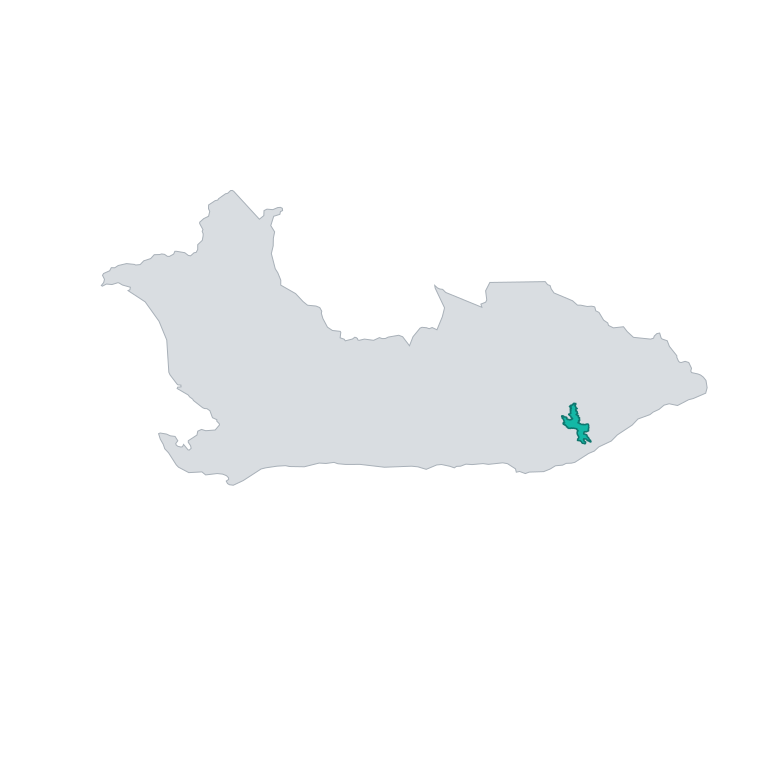 Parinacochas, Ayacucho, Peru shown in context, rotated 292°
{"feature_id": "86281439B29784244980740", "entity_name": "Parinacochas", "entity_type": "district", "adm_level": 2, "iso_a3": "PER", "parent_name": "Peru", "parent_adm1": "Ayacucho", "projection": "equal_earth", "projection_center": [-73.675, -15.069], "detail": "fine", "context": "in_parent", "style": "filled", "palette": "teal", "viewbox_px": 768, "rotation_deg": 292, "n_neighbors": 0, "source": "geoboundaries", "source_scale": "gbopen_adm2", "svg_char_len": 8992}
<svg xmlns="http://www.w3.org/2000/svg" viewBox="0 0 768 768"><g transform="rotate(292 384 384)"><path d="M509.0,221.8L508.8,223.9L506.8,225.0L505.0,223.4L502.3,223.9L498.2,218.9L488.4,219.7L484.1,225.6L477.7,226.8L470.6,229.5L462.7,230.7L450.1,240.0L447.3,243.9L441.6,249.4L437.0,251.2L434.7,268.2L430.1,278.1L428.4,283.6L430.8,291.7L430.8,295.8L428.2,299.0L426.1,299.4L421.8,302.8L415.5,310.3L414.3,316.1L416.4,323.7L415.7,324.6L410.4,326.0L410.6,330.3L409.5,331.9L413.9,337.9L416.4,339.4L416.6,340.9L416.1,342.5L415.1,343.1L415.1,344.5L418.3,349.0L420.6,358.0L425.3,362.4L425.4,365.3L426.7,368.2L429.1,370.4L434.7,379.4L434.8,383.6L429.0,393.3L438.7,393.2L449.3,396.5L450.8,398.0L452.1,402.4L452.2,405.2L454.4,407.5L454.1,412.8L468.2,412.9L477.3,411.6L492.1,395.5L494.4,394.1L493.1,397.6L493.0,400.2L493.7,402.9L492.0,406.9L491.8,446.0L494.4,443.9L497.9,447.6L500.4,447.8L508.5,443.3L517.8,444.1L539.3,495.1L537.4,498.5L537.5,501.1L534.8,503.4L532.1,507.5L531.8,527.7L529.6,533.8L530.8,537.0L532.0,543.4L533.9,547.3L534.4,549.8L534.2,550.7L531.2,552.9L530.9,556.5L525.5,563.7L524.4,568.6L522.4,570.2L522.0,575.7L526.8,584.6L523.7,589.9L520.7,597.8L525.5,614.4L527.5,616.8L529.6,616.6L532.9,618.1L534.5,620.5L530.6,623.6L529.9,625.0L530.2,630.4L525.8,634.5L519.9,644.9L518.4,645.5L515.4,648.6L514.9,650.1L515.3,651.6L517.8,654.7L518.1,658.5L513.8,663.2L510.9,663.6L509.8,664.9L510.9,671.3L510.9,674.2L510.0,677.5L507.9,681.2L501.6,685.0L496.0,685.7L486.4,676.2L483.5,672.3L474.0,664.2L472.5,655.8L469.3,651.6L463.5,648.5L458.8,644.1L455.3,642.1L446.7,632.6L438.9,629.5L424.2,619.4L416.3,616.1L406.1,606.7L400.6,604.1L396.2,599.7L382.9,590.3L380.8,587.4L378.7,582.7L375.7,580.0L372.4,573.6L367.4,569.9L362.6,564.9L356.7,551.6L353.9,548.6L353.7,542.5L351.8,539.7L354.6,537.7L356.4,528.3L355.4,523.6L348.6,510.9L347.3,505.6L342.3,495.9L340.4,490.0L336.5,485.8L334.8,482.1L332.6,480.6L332.4,476.0L330.9,467.5L328.7,463.2L320.7,455.1L319.9,446.4L318.1,440.3L307.0,415.6L300.5,391.9L295.1,378.7L292.8,371.1L292.6,367.0L288.6,360.0L286.4,353.5L277.4,341.1L272.1,327.3L271.4,323.3L267.8,315.7L262.0,305.8L259.2,301.9L241.8,289.7L233.7,282.2L232.7,278.4L233.1,276.2L234.9,274.1L237.3,275.7L238.8,275.0L240.0,272.3L240.0,268.2L238.5,262.9L232.9,252.7L234.3,248.1L228.7,236.2L229.9,224.6L231.2,221.7L239.5,210.0L241.8,205.0L245.4,201.9L249.1,197.2L253.5,193.6L254.7,194.8L256.1,201.1L255.9,205.2L257.1,209.9L254.1,214.1L250.8,213.2L249.5,214.3L249.0,216.2L249.5,219.4L250.4,220.7L252.9,220.8L249.5,227.0L249.8,228.2L252.1,229.3L254.3,227.8L256.7,224.3L258.1,223.8L266.6,229.7L270.5,229.0L273.5,231.8L273.9,236.2L278.1,244.7L284.4,246.8L285.5,246.1L286.9,242.9L288.3,242.4L288.5,237.6L294.0,232.6L294.8,229.1L294.0,226.7L294.1,224.7L297.3,213.5L298.3,212.3L299.2,208.7L300.5,206.5L302.3,193.9L303.8,193.9L305.3,196.9L306.9,196.1L306.0,193.3L306.3,192.3L312.3,182.2L314.3,180.1L343.4,166.1L357.9,151.9L370.7,131.8L374.7,111.7L376.2,113.1L378.7,112.6L377.8,104.4L378.4,100.5L378.3,99.4L374.3,94.5L372.7,89.2L369.2,86.2L369.4,85.0L373.1,86.1L376.4,85.6L379.3,82.3L381.4,82.6L386.2,87.2L389.7,87.6L390.9,90.8L394.3,93.2L399.2,100.2L401.4,107.8L401.3,109.2L403.4,113.2L408.2,115.1L412.9,120.7L417.8,122.5L420.0,127.5L421.3,129.1L422.0,132.0L421.2,135.4L421.9,137.2L425.6,140.3L428.7,140.4L429.3,141.8L431.1,150.1L429.9,154.4L430.4,156.7L434.5,158.7L435.6,160.5L438.9,160.9L443.4,159.1L449.1,161.7L453.5,160.8L455.5,160.1L457.5,158.2L459.3,158.3L463.7,153.0L465.0,152.5L469.8,154.9L473.8,158.5L478.7,157.8L480.8,155.6L484.3,154.3L490.8,158.8L492.2,160.9L494.0,161.3L501.0,165.8L502.2,167.6L505.9,169.3L506.6,170.8L506.4,172.4L490.1,206.7L495.1,209.5L499.8,207.8L502.3,210.0L504.0,215.6L507.7,219.3L509.0,221.8Z" fill="#d9dde1" stroke="#a8b0b8" stroke-width="1"/><path d="M421.0,560.8L420.6,560.9L420.4,561.3L420.2,561.2L419.7,562.2L419.3,561.9L419.2,561.9L418.5,563.6L418.3,563.7L417.8,564.1L417.6,564.5L417.2,564.8L416.7,565.0L416.4,565.2L416.0,565.1L415.8,565.0L415.7,565.0L415.8,565.1L415.6,565.0L415.6,565.3L415.4,565.4L415.4,565.5L415.0,565.1L414.7,565.3L414.4,565.3L414.2,565.1L413.9,565.4L413.8,565.8L414.0,566.4L413.8,566.7L413.6,567.5L413.7,567.8L413.8,567.8L413.4,568.7L413.2,568.9L413.1,569.2L413.0,569.3L412.8,569.3L412.8,569.6L412.7,569.7L412.8,570.1L412.8,570.4L412.4,570.5L412.2,570.7L412.2,571.3L412.1,571.8L412.1,572.2L412.6,572.8L412.6,573.4L412.8,573.5L413.1,573.7L413.1,574.1L413.5,574.3L413.5,575.2L413.5,575.3L413.8,575.8L414.0,575.8L414.1,576.1L414.1,576.3L414.1,576.7L414.2,576.8L414.2,577.2L414.2,577.3L414.3,577.6L414.3,578.1L414.5,578.3L414.6,579.3L414.5,579.7L414.1,579.8L413.8,580.3L413.7,580.8L413.6,581.2L413.5,581.3L413.3,581.2L413.1,581.3L413.0,581.2L412.8,581.3L412.5,581.1L412.0,581.1L411.3,581.3L411.0,581.4L410.8,581.6L410.4,581.7L410.3,581.8L409.7,582.2L409.5,582.5L409.3,582.6L409.0,583.2L408.6,583.4L408.5,583.7L408.2,584.1L408.0,584.3L407.7,584.5L407.4,584.6L407.0,584.7L406.5,584.5L406.3,584.5L406.1,584.4L405.8,584.4L405.4,584.2L405.2,584.3L404.9,584.6L404.4,584.5L404.2,584.6L404.3,585.1L404.4,585.6L404.7,586.2L404.6,586.4L405.0,587.2L404.9,587.4L404.8,587.5L404.7,587.6L404.5,588.4L404.2,588.9L403.8,589.3L403.5,589.9L403.4,590.1L403.5,590.6L403.7,591.2L403.8,592.6L404.0,592.8L404.1,592.7L404.5,592.8L404.9,593.0L405.2,592.8L405.6,592.7L405.8,592.2L405.9,591.8L406.0,591.6L405.9,591.5L406.0,590.9L406.3,590.8L406.4,590.5L406.5,590.4L406.9,590.3L406.9,590.1L407.4,589.7L407.6,589.7L407.7,589.9L407.8,589.9L407.9,590.1L408.1,590.0L408.3,590.5L408.5,591.4L408.7,591.6L408.7,591.8L408.6,592.0L408.7,592.6L408.6,592.9L408.4,593.0L408.2,593.2L407.9,593.3L407.8,593.6L407.7,593.7L408.0,594.5L407.8,594.9L407.9,595.3L407.7,595.9L407.6,596.2L407.7,596.9L407.6,597.1L408.0,597.5L408.2,597.4L408.4,597.2L408.5,597.0L408.8,596.8L409.1,596.6L409.2,596.3L409.2,596.2L409.3,595.5L409.4,595.4L409.4,595.2L409.8,594.9L409.9,594.6L410.1,594.5L410.4,594.3L410.4,594.2L410.8,593.7L410.7,593.6L410.9,593.2L411.0,593.1L411.0,592.9L411.4,592.3L411.6,591.9L411.9,591.7L412.2,591.6L412.4,591.2L412.6,591.2L412.8,591.0L412.8,590.8L412.8,590.5L412.7,590.3L412.8,590.0L412.6,589.6L412.8,589.3L412.7,589.0L412.7,588.6L412.6,588.2L412.5,587.9L412.8,587.7L413.5,587.6L414.4,587.5L414.7,588.0L414.9,587.9L415.1,588.0L415.2,588.6L415.5,589.5L416.3,590.3L416.7,590.5L417.1,591.1L417.3,591.2L417.7,590.9L418.1,590.5L418.8,590.6L419.0,590.6L419.5,590.1L420.4,590.2L421.1,589.7L421.7,589.4L422.3,589.3L423.2,588.5L423.2,587.9L423.0,587.3L422.8,587.0L422.6,586.7L422.2,586.4L422.2,586.2L421.7,585.8L421.7,585.5L421.4,585.1L421.3,584.7L421.3,584.2L421.1,584.2L420.9,583.9L420.9,583.7L420.9,583.3L420.9,583.0L420.7,582.9L420.6,582.5L420.6,582.3L420.4,582.0L420.5,581.9L420.5,581.6L420.6,581.4L420.7,581.1L420.5,580.6L420.6,580.1L420.9,579.9L420.9,579.6L420.7,579.0L420.7,578.7L420.8,578.7L420.9,578.9L421.0,578.6L421.3,578.9L421.7,578.7L421.8,578.9L422.1,578.9L422.3,578.8L422.5,578.2L422.8,578.2L422.8,578.4L422.9,578.7L423.0,578.9L423.5,578.9L423.7,579.0L423.9,578.9L424.1,578.8L424.2,578.6L424.7,578.3L425.3,578.1L425.6,578.1L425.9,577.9L425.8,577.7L425.7,577.4L425.6,577.0L425.8,576.9L426.3,576.5L426.5,576.5L426.7,576.3L427.0,576.4L427.4,576.1L427.5,576.1L427.6,575.8L427.4,575.6L427.3,575.3L427.5,575.1L427.7,574.6L427.6,574.3L427.5,574.0L427.5,573.8L427.7,573.6L428.2,573.9L428.8,574.0L429.1,574.4L429.3,574.0L429.9,574.0L430.1,573.9L430.2,573.6L430.4,573.5L430.6,573.5L430.7,573.2L431.1,572.7L430.8,572.2L431.1,571.8L431.6,571.8L431.9,571.4L432.2,571.2L432.4,571.2L432.7,571.3L433.1,572.0L433.6,572.2L433.8,571.7L433.8,571.3L433.9,570.9L434.0,570.7L434.4,570.6L434.7,570.2L434.8,570.1L435.0,569.6L435.3,569.3L435.5,569.1L435.9,569.0L436.1,569.4L436.7,569.5L437.0,569.1L437.4,569.2L437.7,569.1L437.5,568.5L437.5,568.4L437.5,568.1L437.2,567.9L437.2,567.4L436.9,567.4L436.7,567.3L436.6,567.1L436.1,567.0L435.9,566.6L435.7,566.7L435.5,566.9L435.0,566.5L434.6,565.5L434.4,565.6L434.3,565.8L434.0,565.9L433.8,565.5L433.7,565.1L433.6,564.8L433.4,564.7L433.2,564.7L432.9,564.6L433.0,565.5L432.9,565.7L432.5,565.8L432.4,566.0L432.0,565.7L431.6,565.5L431.4,566.0L431.4,566.5L431.4,566.8L431.0,566.8L431.0,566.6L430.9,566.5L430.7,566.5L430.2,566.3L430.0,566.5L429.6,566.6L429.3,567.3L428.8,567.3L428.6,567.1L428.4,567.4L428.0,567.5L427.7,567.4L427.4,567.7L427.0,568.2L426.9,568.2L426.7,567.9L426.4,567.6L426.0,567.7L425.4,567.2L425.4,566.9L425.2,566.6L424.9,566.7L424.9,567.0L424.7,567.2L424.5,567.6L424.3,568.3L424.1,569.1L424.1,569.3L423.8,569.5L423.2,569.9L423.2,570.1L422.9,570.5L422.9,571.0L422.7,571.7L422.2,571.8L421.8,571.3L421.6,571.2L421.4,571.2L421.4,570.9L421.1,570.4L420.7,570.4L420.5,570.1L420.2,569.6L420.2,569.0L420.3,568.9L420.2,568.7L420.3,568.4L420.2,568.2L420.1,567.9L419.9,567.6L420.1,567.3L420.0,567.1L420.0,566.9L420.1,566.7L420.3,566.4L420.5,566.5L420.8,566.2L421.2,566.2L421.4,566.0L421.5,565.5L421.5,564.9L421.3,564.5L421.0,563.3L421.0,563.2L421.5,562.7L421.5,562.2L421.5,561.8L421.3,561.7L421.2,561.0L421.0,560.8Z" fill="#14b8a6" stroke="#0f766e" stroke-width="1.5"/></g></svg>